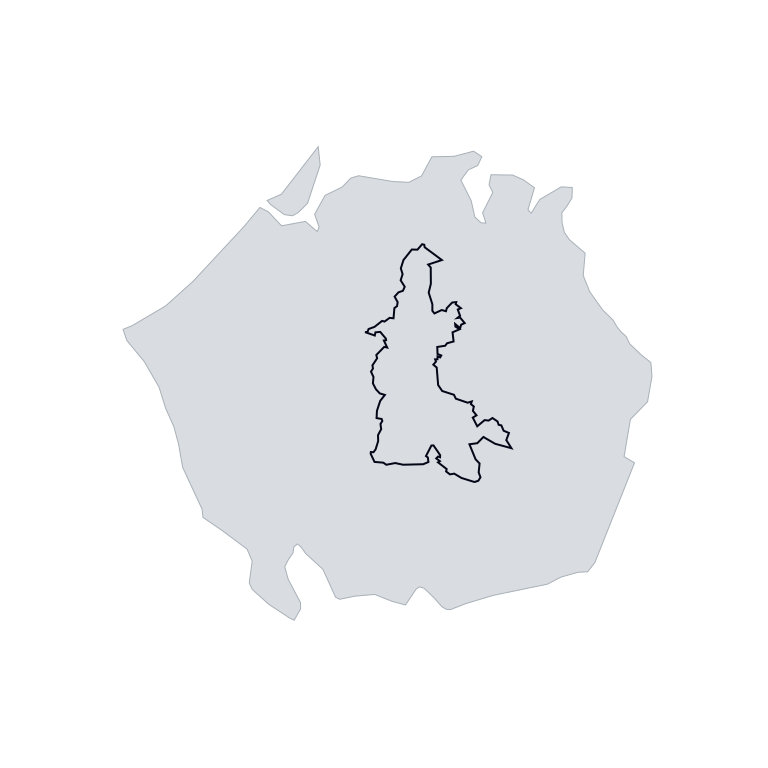 location of Tonkolili, Northern, Sierra Leone, rotated 112°
{"feature_id": "65957751B39959109464342", "entity_name": "Tonkolili", "entity_type": "district", "adm_level": 2, "iso_a3": "SLE", "parent_name": "Sierra Leone", "parent_adm1": "Northern", "projection": "mercator", "projection_center": [-11.945, 8.764], "detail": "medium", "context": "in_parent", "style": "outline", "palette": "ink", "viewbox_px": 768, "rotation_deg": 112, "n_neighbors": 0, "source": "geoboundaries", "source_scale": "gbopen_adm2", "svg_char_len": 3529}
<svg xmlns="http://www.w3.org/2000/svg" viewBox="0 0 768 768"><g transform="rotate(112 384 384)"><path d="M636.7,378.8L636.3,384.1L631.4,408.4L623.8,429.3L618.9,434.4L597.5,439.9L588.4,449.1L580.6,478.7L575.5,501.9L568.2,505.8L536.8,539.4L516.3,552.2L502.0,563.1L488.4,577.3L471.4,591.2L453.1,614.5L440.0,638.8L431.1,646.4L424.4,639.5L393.2,615.6L360.3,599.5L290.2,572.7L266.8,565.2L267.7,555.6L275.7,538.3L262.7,517.8L267.7,503.0L262.7,503.0L252.6,511.9L231.2,509.3L217.1,496.6L205.5,491.9L200.4,485.5L193.0,451.8L187.7,436.5L176.9,427.1L155.4,424.7L146.6,404.2L134.6,388.2L136.6,378.4L146.3,379.0L153.9,386.1L166.2,389.1L181.4,371.8L195.1,362.4L198.2,354.3L196.6,349.8L188.3,356.7L165.6,354.9L160.0,361.2L149.9,363.2L142.1,343.0L142.5,331.1L145.7,318.0L168.5,315.8L170.5,311.5L154.6,308.7L134.8,293.5L131.3,283.0L141.1,279.4L150.5,281.0L158.6,283.2L167.5,279.5L175.7,273.7L180.7,266.3L187.4,246.5L208.8,239.9L221.4,227.8L233.4,209.0L238.9,195.7L243.9,189.1L247.0,183.4L249.3,177.1L254.7,171.3L260.3,157.3L264.2,144.6L276.5,138.4L301.7,133.0L324.5,142.3L361.4,134.2L363.3,122.2L397.1,122.0L437.1,121.8L470.4,121.6L481.8,124.8L486.0,133.8L496.9,147.8L508.4,157.5L522.5,178.7L539.0,203.5L556.9,225.8L568.3,237.9L569.6,242.1L568.8,246.9L563.1,258.3L558.3,270.5L558.8,275.1L562.2,277.4L580.8,281.3L582.5,294.9L582.6,313.8L591.6,331.5L600.2,344.4L599.8,349.1L578.7,371.2L570.5,393.2L566.4,399.4L564.7,404.3L568.9,406.6L574.7,405.1L582.8,406.9L590.6,407.6L600.9,399.7L618.0,379.5L623.8,377.1L636.7,378.8ZM260.0,556.7L257.6,561.1L246.4,550.2L188.6,533.9L204.9,525.2L245.1,522.6L257.0,527.7L262.3,531.9L264.3,539.9L260.0,556.7Z" fill="#d9dde1" stroke="#a8b0b8" stroke-width="1"/><path d="M239.8,398.8L240.1,401.0L246.9,403.3L248.9,408.6L261.8,412.4L270.5,411.7L275.2,407.9L281.6,407.4L286.1,401.2L290.5,401.4L293.6,404.9L299.0,406.9L303.0,402.0L306.9,401.1L309.7,402.8L319.5,399.8L320.6,403.6L325.9,406.9L326.2,409.4L334.6,414.2L338.8,418.9L341.9,418.8L343.0,421.0L342.5,410.7L339.3,411.3L337.1,407.0L341.2,399.3L342.6,398.5L343.7,400.4L349.0,394.7L349.5,397.7L360.0,402.0L362.7,400.0L371.0,401.7L373.8,400.0L377.4,400.7L381.4,396.4L387.6,394.5L391.9,389.5L394.3,384.4L393.8,379.1L401.1,381.2L411.5,380.5L418.4,378.1L417.3,373.1L418.9,371.7L422.4,372.3L426.9,369.7L433.6,370.4L439.2,368.0L447.8,367.3L451.2,368.2L452.0,370.7L453.7,370.2L459.8,363.6L457.2,355.2L458.0,351.6L453.1,344.0L451.7,336.1L443.7,317.6L439.7,313.6L435.7,315.8L435.1,318.1L423.3,317.0L422.4,315.1L428.9,305.3L430.9,304.6L431.0,306.7L433.4,307.7L434.6,303.3L436.4,304.6L439.4,294.0L441.8,293.7L443.1,289.0L440.8,285.3L442.1,277.0L441.0,263.5L438.4,260.3L434.4,259.6L430.5,263.1L421.9,265.6L419.5,270.9L407.9,282.2L403.9,275.3L395.9,272.0L397.8,258.5L395.8,241.8L390.2,249.6L382.6,249.8L382.5,255.6L378.4,259.7L378.9,262.4L376.2,264.7L374.9,270.7L378.7,273.3L379.8,277.2L388.3,281.7L381.9,289.1L378.4,286.5L375.6,291.5L371.2,292.3L370.1,295.9L367.3,296.1L370.0,299.4L370.7,311.9L367.8,315.1L368.7,327.4L364.7,333.4L349.0,341.3L347.6,345.5L343.7,344.2L342.0,345.8L341.0,343.7L338.3,344.7L338.3,341.9L336.1,341.6L336.1,345.6L329.7,348.5L325.6,341.6L322.6,340.8L318.5,335.4L310.4,339.8L304.9,334.4L304.0,339.3L301.7,340.5L303.7,334.3L300.1,334.7L297.3,332.0L293.9,338.3L295.3,340.7L292.3,339.0L287.3,343.5L284.9,341.1L283.2,347.4L281.0,347.7L282.9,351.3L290.1,354.2L293.3,353.8L293.8,358.2L299.7,363.7L298.0,366.6L292.0,369.0L282.5,376.8L273.5,378.1L258.5,384.3L256.7,387.8L247.4,376.8L242.0,397.5L239.8,398.8Z" fill="none" stroke="#020617" stroke-width="2"/></g></svg>